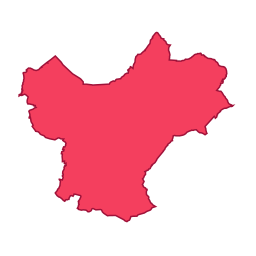 Sisesti, Mehedinti, Romania (orthographic projection), rotated 176°
{"feature_id": "2599482B79663087212120", "entity_name": "Sisesti", "entity_type": "district", "adm_level": 2, "iso_a3": "ROU", "parent_name": "Romania", "parent_adm1": "Mehedinti", "projection": "orthographic", "projection_center": [22.83, 44.774], "detail": "fine", "context": "isolated", "style": "filled", "palette": "rose", "viewbox_px": 256, "rotation_deg": 176, "n_neighbors": 0, "source": "geoboundaries", "source_scale": "gbopen_adm2", "svg_char_len": 5833}
<svg xmlns="http://www.w3.org/2000/svg" viewBox="0 0 256 256"><g transform="rotate(176 128 128)"><path d="M221.2,194.5L223.1,194.7L225.5,192.9L224.8,192.0L225.7,190.9L226.2,190.6L228.2,190.6L228.8,190.2L228.7,189.4L228.5,189.0L228.3,187.0L228.3,184.5L228.8,183.2L228.9,181.8L229.8,180.2L229.8,178.9L230.6,177.9L230.7,176.8L230.6,175.1L231.2,174.4L231.2,173.9L230.4,173.3L230.4,172.8L231.0,172.7L231.4,172.2L230.8,171.4L232.0,170.3L231.7,169.5L234.2,168.9L234.4,167.6L233.6,168.0L231.8,168.3L231.6,167.9L228.9,168.9L227.9,168.5L225.4,166.0L226.6,162.8L226.8,160.9L226.6,159.9L226.2,159.5L226.2,159.0L224.4,158.8L221.9,158.0L221.0,157.9L220.7,156.9L219.4,157.1L219.0,156.9L219.4,156.2L218.3,154.9L219.6,154.6L221.5,153.4L224.6,152.6L225.7,151.7L224.9,148.3L225.0,147.6L224.8,145.9L225.1,145.7L225.3,146.6L225.9,145.5L225.8,144.8L224.6,145.0L224.3,142.2L224.4,141.9L223.8,139.9L223.2,139.3L222.5,137.3L223.5,136.4L220.5,131.7L220.4,131.2L217.8,130.5L216.7,129.3L216.2,128.3L215.1,127.4L212.4,126.2L210.9,124.3L206.8,122.7L201.7,121.3L198.5,122.9L197.5,123.0L195.6,121.8L192.9,121.5L193.9,120.1L192.1,118.6L191.5,118.3L190.9,116.9L191.4,116.0L191.3,115.2L192.4,113.5L193.5,113.7L194.1,112.6L194.7,111.1L194.0,110.8L193.4,110.9L193.7,109.6L195.7,109.0L196.3,107.0L195.3,106.5L195.7,104.1L195.6,100.9L195.8,99.0L195.2,99.0L193.9,99.5L193.6,99.4L193.9,98.5L193.8,98.0L194.0,97.2L193.6,96.7L193.0,96.7L192.4,97.1L192.4,94.9L193.1,94.5L193.2,94.8L193.8,94.7L194.1,94.2L194.6,92.8L194.4,92.5L194.6,91.4L196.0,89.3L196.4,87.4L195.9,86.7L195.8,86.2L196.0,85.5L196.6,85.5L196.8,84.9L196.3,84.8L196.5,84.0L196.1,83.4L197.1,80.8L200.1,81.7L200.2,81.3L199.1,79.9L199.9,75.3L201.4,72.5L202.4,71.9L202.9,70.6L204.7,68.7L205.1,68.3L205.0,68.0L203.4,65.4L201.8,64.0L200.7,63.6L199.0,62.1L197.4,60.1L196.9,60.0L196.4,59.4L195.8,59.7L196.1,60.0L194.7,60.9L193.4,60.6L192.3,61.1L191.9,61.0L191.6,62.3L190.2,64.4L189.1,64.5L187.6,63.8L187.4,64.4L187.0,64.5L186.5,65.8L185.1,65.6L180.1,63.9L179.8,63.4L179.8,62.7L181.2,60.1L182.6,58.4L182.2,58.1L182.6,57.4L182.3,56.8L182.6,56.1L182.1,55.3L182.8,54.6L182.9,54.2L182.7,53.8L184.1,51.5L183.2,51.2L183.2,50.3L180.2,49.3L178.4,49.5L175.7,49.0L174.9,48.5L174.1,47.4L173.5,47.2L172.5,47.2L170.8,47.9L170.2,48.6L169.8,49.6L169.3,50.0L168.5,50.1L165.8,48.6L161.2,48.6L160.1,48.1L159.4,46.1L158.1,44.6L154.6,41.9L152.5,42.0L146.4,41.6L138.6,36.8L137.5,35.6L135.6,34.7L134.6,35.4L133.0,36.0L132.4,36.9L131.3,39.5L128.8,39.6L125.2,39.4L124.3,40.5L123.3,40.9L117.6,42.1L114.8,43.6L111.9,44.4L111.0,44.9L109.5,46.8L106.0,47.7L108.9,49.8L109.6,51.1L110.3,51.4L111.2,53.2L111.4,54.1L112.5,56.0L112.1,57.2L112.2,58.0L114.2,60.3L114.2,62.5L114.0,63.8L113.2,64.9L113.5,65.7L114.1,65.7L114.5,66.2L114.7,66.9L116.4,68.0L116.9,68.7L117.0,69.7L117.6,70.5L115.7,73.5L117.0,76.3L115.9,77.2L114.9,79.4L113.8,80.3L113.6,82.5L114.2,83.4L112.3,84.0L111.9,84.5L110.9,84.5L110.0,85.7L109.3,85.7L108.7,86.1L107.8,87.8L106.7,88.9L107.1,89.1L107.0,89.3L103.5,91.6L101.7,94.0L101.7,94.4L100.4,96.0L94.3,102.4L94.4,102.7L92.9,104.0L92.3,105.4L91.0,106.9L89.5,108.1L89.7,108.7L89.4,109.0L86.7,110.8L86.0,111.9L84.5,112.3L84.7,113.0L84.5,113.9L84.0,114.8L83.4,117.1L82.0,117.3L80.8,116.9L77.1,116.6L74.7,116.9L72.8,117.3L70.9,118.3L69.5,119.7L66.3,120.9L65.6,120.9L64.8,121.4L63.1,121.1L62.2,121.4L60.0,121.5L58.2,119.4L56.9,118.3L55.2,118.1L53.5,117.3L51.6,115.9L49.6,117.1L49.9,117.7L50.4,120.1L50.5,122.4L50.8,122.9L51.0,124.2L41.3,133.5L41.2,133.2L40.9,133.1L40.4,132.5L40.2,131.7L39.1,132.5L38.6,133.0L38.5,134.2L37.9,134.8L38.0,135.3L37.6,135.6L37.7,135.9L34.6,138.1L34.8,138.6L34.7,138.7L33.3,139.7L30.7,140.9L28.5,140.9L24.1,142.6L23.8,142.6L23.6,142.2L22.4,142.4L21.6,143.1L22.3,143.0L23.0,143.7L25.2,144.8L25.9,145.5L26.8,147.7L26.7,148.2L27.3,149.4L28.6,151.0L28.9,152.2L30.2,153.7L31.5,156.4L32.8,158.2L34.0,158.2L36.9,159.3L33.7,162.7L33.4,163.7L32.5,164.6L32.5,166.1L30.4,166.2L29.9,167.3L29.9,168.3L30.6,167.9L31.2,168.2L30.2,169.3L30.3,169.9L29.8,170.2L29.0,169.8L27.6,170.9L27.5,171.6L26.4,172.5L26.3,173.5L26.6,173.9L26.0,174.5L25.6,175.8L25.8,176.5L25.7,177.9L26.2,180.2L26.7,181.1L27.6,181.8L27.5,182.0L28.4,182.5L30.7,182.9L32.7,183.8L33.1,184.3L34.2,187.0L35.9,188.3L36.8,190.1L37.6,190.4L37.8,190.1L40.3,191.4L43.5,191.9L45.7,193.7L46.4,193.8L46.6,194.0L46.4,194.5L46.8,195.0L47.4,195.1L47.6,195.6L49.6,195.7L49.8,196.5L49.8,196.9L50.2,197.5L50.8,197.5L50.9,197.3L52.0,197.2L53.3,197.4L54.2,196.9L55.7,196.8L56.6,196.4L58.5,194.9L59.1,194.7L59.7,193.9L61.1,193.4L62.0,192.8L63.7,192.4L66.0,192.6L66.5,192.0L67.6,191.5L69.2,191.5L70.4,191.0L75.0,191.4L74.9,192.0L82.1,193.0L81.6,195.2L81.6,196.2L81.2,197.4L81.1,198.3L81.5,200.7L82.1,202.6L81.9,204.3L81.6,205.7L80.0,207.8L81.9,208.1L83.3,208.9L83.9,210.0L84.3,211.6L86.1,213.2L86.1,214.5L87.1,214.5L88.9,215.6L89.3,217.2L90.3,218.4L91.5,220.6L92.3,221.2L92.9,221.3L93.9,220.8L96.7,217.8L97.4,216.8L97.0,216.2L99.5,214.0L100.0,211.5L100.3,210.6L102.0,208.9L104.4,205.8L105.5,204.9L105.4,204.1L106.0,204.1L106.7,203.5L107.4,203.3L108.1,202.4L109.0,201.9L110.1,200.8L111.9,200.6L113.0,200.8L114.0,199.5L115.1,198.7L116.0,196.1L116.4,193.4L117.3,191.7L117.8,191.3L118.6,188.9L118.7,187.6L118.9,187.0L120.4,188.4L121.0,188.5L121.1,189.0L121.3,189.0L121.8,187.6L124.2,185.8L123.9,184.9L123.4,185.0L124.0,182.7L125.5,182.7L127.3,181.9L128.2,180.9L128.4,180.5L131.0,179.0L131.8,177.7L136.1,177.4L136.6,177.1L137.9,175.6L138.4,175.5L139.4,176.0L142.0,175.0L142.8,174.4L143.5,173.1L160.5,173.3L160.7,173.5L166.5,174.6L169.6,174.8L169.5,177.2L171.5,179.9L172.6,180.9L179.5,185.9L188.6,195.7L190.1,198.4L195.5,204.9L200.2,201.6L203.7,199.4L203.5,198.5L203.9,198.6L204.2,199.1L204.5,198.9L210.5,194.8L210.6,194.5L210.3,194.4L212.0,193.6L212.4,192.9L212.9,192.5L215.3,191.8L216.1,191.9L218.2,192.6L219.0,193.3L221.2,194.5Z" fill="#f43f5e" stroke="#9f1239" stroke-width="1.5"/></g></svg>